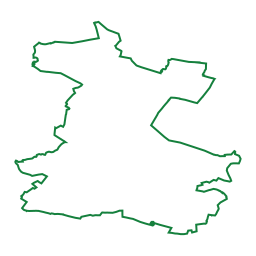 Zaļenieku pag., Jelgava, Latvia (Equal Earth projection)
{"feature_id": "27541924B28600018737203", "entity_name": "Zaļenieku pag.", "entity_type": "district", "adm_level": 2, "iso_a3": "LVA", "parent_name": "Latvia", "parent_adm1": "Jelgava", "projection": "equal_earth", "projection_center": [23.49, 56.518], "detail": "fine", "context": "isolated", "style": "outline", "palette": "green", "viewbox_px": 256, "rotation_deg": 0, "n_neighbors": 0, "source": "geoboundaries", "source_scale": "gbopen_adm2", "svg_char_len": 5428}
<svg xmlns="http://www.w3.org/2000/svg" viewBox="0 0 256 256"><path d="M215.0,215.5L216.1,214.1L217.1,211.9L218.5,209.4L218.7,208.5L217.7,205.2L220.5,202.4L220.9,202.2L226.8,198.9L226.5,197.2L226.2,197.0L226.4,196.3L224.1,193.6L222.7,192.5L222.4,193.0L220.6,191.4L219.3,190.8L219.4,190.7L217.4,189.8L216.2,189.4L213.5,188.9L209.8,190.0L209.4,190.0L203.9,191.8L202.7,191.4L196.5,190.3L196.8,189.2L197.2,188.4L197.5,186.0L201.2,185.2L202.5,184.8L201.6,183.0L206.4,181.7L208.2,182.1L209.3,182.7L213.6,179.9L216.4,180.6L218.4,178.1L224.1,180.5L227.9,181.2L229.6,181.6L230.0,181.5L231.2,180.8L230.3,178.3L228.7,175.2L226.8,170.6L227.2,168.2L230.8,163.8L232.1,163.5L233.8,163.3L238.9,163.4L239.2,162.7L240.0,160.9L240.6,158.8L239.1,155.8L235.0,154.1L235.2,151.6L234.4,151.1L231.3,154.5L227.4,154.6L224.7,154.9L224.8,156.1L219.9,156.2L217.4,155.1L215.8,155.1L214.0,154.6L213.9,154.7L205.9,151.2L204.5,150.6L180.2,142.6L169.0,140.4L164.4,136.9L151.1,125.3L157.3,114.8L158.2,112.9L161.8,108.7L163.6,106.4L165.9,103.7L166.3,103.3L169.0,100.1L168.8,100.0L171.0,97.6L174.8,97.8L179.6,98.5L179.7,98.8L185.1,99.8L194.2,102.4L197.2,103.1L202.2,97.2L202.5,97.0L202.5,96.9L205.3,93.4L209.8,87.6L211.7,83.8L214.4,79.1L214.6,78.9L213.0,78.3L211.4,78.0L208.7,77.3L203.5,75.8L203.9,75.2L202.8,74.7L202.9,74.3L203.4,73.4L204.3,72.1L204.6,71.2L204.9,70.5L205.9,69.1L206.0,65.4L206.1,63.5L197.4,62.5L197.7,62.3L188.8,61.9L173.4,59.1L171.7,58.9L170.6,59.7L169.5,60.1L168.5,59.9L168.3,60.4L168.3,61.9L168.7,62.6L168.4,63.5L168.1,64.8L167.4,65.9L167.2,66.1L166.9,66.2L166.5,66.1L166.2,66.3L166.3,66.5L166.6,66.6L166.3,67.1L165.9,68.7L165.3,69.3L164.2,69.2L163.5,69.0L162.8,69.1L161.2,70.6L161.0,71.0L161.3,71.1L161.7,71.0L162.1,71.2L161.6,72.1L160.7,72.7L160.6,73.2L157.7,72.3L141.6,67.3L137.0,65.7L136.3,65.3L131.8,60.7L130.7,58.4L126.8,57.7L119.9,56.4L120.6,55.2L121.5,51.3L121.4,51.0L121.1,50.8L116.4,48.3L116.2,47.8L115.4,46.0L115.3,45.9L116.1,45.3L119.0,41.8L120.6,40.7L119.4,36.6L118.5,33.8L108.8,30.2L107.1,29.3L101.1,24.2L98.5,21.9L96.4,22.4L96.0,22.6L95.7,22.4L94.7,22.6L94.1,22.9L94.4,23.7L95.7,26.4L96.1,27.8L96.6,29.4L98.8,38.2L90.1,39.7L82.0,41.3L72.2,43.0L55.3,41.8L54.1,42.3L54.1,42.1L50.8,43.5L50.4,43.1L46.0,44.2L44.9,44.3L42.9,44.1L40.4,43.5L40.0,43.0L39.5,42.8L39.0,42.6L38.4,43.3L37.6,43.9L34.1,46.7L34.1,46.9L35.0,50.1L35.1,51.1L35.0,51.5L34.9,52.6L33.4,54.5L33.4,55.1L33.6,56.8L33.6,57.3L33.5,57.8L33.9,57.9L34.8,57.5L35.5,57.5L36.0,57.6L37.0,58.1L37.4,58.5L37.6,58.9L37.6,59.9L37.9,60.4L37.7,60.9L36.2,61.8L35.8,61.9L35.0,61.7L34.2,61.7L34.2,61.9L34.2,62.1L34.4,62.2L34.7,62.3L34.8,62.5L34.6,62.9L34.4,63.0L34.1,63.0L33.8,62.7L33.3,62.5L33.1,62.5L32.9,62.5L32.8,63.6L32.5,63.9L32.5,64.2L32.8,64.2L33.3,64.0L33.8,64.0L34.2,64.1L34.4,64.3L34.3,64.5L33.1,64.6L32.7,64.9L32.6,65.0L32.9,65.6L32.8,65.8L32.7,66.0L34.0,66.4L37.8,68.9L40.5,71.0L47.2,71.9L47.5,71.8L55.9,72.8L60.7,73.2L64.4,75.1L75.8,81.2L80.4,83.3L82.1,84.6L81.4,85.6L78.4,87.4L77.4,87.7L75.8,87.9L73.3,88.8L73.9,91.1L75.1,93.0L74.8,93.3L72.9,94.7L67.7,100.3L66.0,102.8L67.0,103.8L67.1,104.1L65.6,106.1L65.7,106.3L68.7,107.7L69.4,108.6L69.1,109.1L66.7,109.8L66.1,114.3L65.8,114.8L64.4,124.4L63.1,126.8L60.8,125.6L56.1,128.2L55.2,127.6L54.5,134.1L54.5,135.1L63.3,140.7L64.1,141.1L65.4,142.1L65.0,142.1L63.9,142.6L62.4,143.5L61.2,144.4L58.7,147.2L57.6,149.3L57.3,149.7L55.0,150.7L53.5,151.8L53.0,152.0L51.9,152.2L51.1,152.2L49.0,151.7L48.1,151.9L46.5,152.5L46.2,152.7L45.9,153.1L45.2,154.8L44.3,154.8L43.1,154.2L42.7,154.1L42.0,154.1L41.7,154.2L41.3,154.5L41.0,154.6L40.5,154.5L39.9,154.2L39.1,154.1L36.9,154.9L36.7,155.1L36.6,155.4L36.7,156.0L36.6,156.4L36.3,156.8L36.1,156.9L35.9,156.9L34.8,156.7L33.6,157.3L32.7,158.2L32.4,158.4L31.6,158.6L30.3,158.8L27.8,159.1L27.4,159.1L25.0,159.9L23.1,160.0L22.8,160.1L22.4,160.5L22.8,161.6L20.6,161.7L18.1,162.0L17.4,161.2L16.0,160.6L15.4,161.5L15.4,162.1L15.8,163.0L16.4,163.7L17.6,164.8L17.8,165.1L18.8,168.3L19.0,168.8L19.3,169.4L21.1,171.7L22.9,172.8L30.1,174.8L32.1,175.9L38.5,174.6L42.3,174.1L46.9,176.4L41.4,183.4L39.4,182.3L37.7,181.0L33.9,182.8L32.4,183.9L36.4,187.4L34.5,188.7L32.8,188.0L31.5,189.0L26.7,192.3L24.7,191.9L23.2,194.6L21.3,196.1L22.0,196.9L21.2,198.6L26.7,202.0L22.1,208.1L22.6,208.7L23.6,209.6L23.8,209.8L24.4,210.1L26.3,210.6L26.5,210.8L26.6,211.0L27.0,210.8L29.2,211.0L36.0,210.8L38.5,210.9L43.5,212.0L45.7,212.6L48.4,213.2L50.5,213.9L51.0,213.6L51.5,213.4L53.3,213.7L54.5,214.1L57.8,213.9L63.1,214.4L63.1,214.6L68.4,216.1L75.4,217.8L80.3,218.6L81.4,216.8L90.3,214.9L92.8,215.7L95.2,215.2L99.9,215.3L101.9,212.7L102.2,212.5L105.2,212.7L107.0,212.6L112.6,212.8L116.2,211.9L119.5,210.7L122.4,210.6L122.4,214.2L122.5,216.8L125.8,217.4L130.8,218.5L133.0,218.9L140.2,221.9L145.0,223.4L148.9,224.5L151.6,225.1L151.6,224.8L151.8,224.6L152.1,224.5L152.5,224.6L152.7,224.9L152.5,225.2L152.2,225.4L152.3,225.5L153.2,225.3L153.6,224.9L154.0,224.2L153.3,224.1L150.7,224.0L150.4,223.9L150.4,223.6L150.7,223.2L151.1,222.4L151.7,221.9L152.1,221.9L153.4,221.9L153.5,222.0L153.6,222.3L153.1,222.5L153.3,222.7L153.3,222.8L160.2,224.9L171.4,227.9L168.7,232.6L171.8,232.9L175.0,233.5L177.2,233.6L180.5,234.1L184.2,234.1L187.1,233.6L188.2,230.6L191.5,230.3L192.1,232.5L196.6,231.3L196.2,224.7L198.2,224.4L204.2,223.6L205.2,223.8L206.3,223.3L206.9,221.4L206.4,221.0L206.4,220.9L207.1,219.7L207.5,218.7L207.8,217.2L208.6,214.7L212.2,215.2L212.2,215.3L212.5,215.2L215.0,215.5Z" fill="none" stroke="#15803d" stroke-width="2"/></svg>